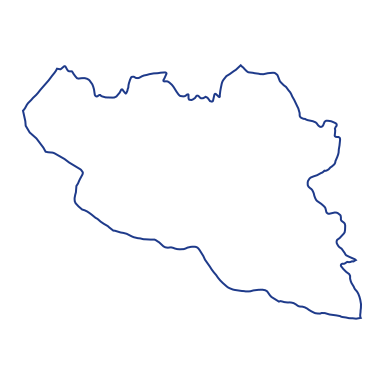 outline of Gheleb, Anseba, Eritrea
{"feature_id": "51966322B69087636550034", "entity_name": "Gheleb", "entity_type": "district", "adm_level": 2, "iso_a3": "ERI", "parent_name": "Eritrea", "parent_adm1": "Anseba", "projection": "natural_earth1", "projection_center": [38.736, 15.796], "detail": "fine", "context": "isolated", "style": "outline", "palette": "blue", "viewbox_px": 384, "rotation_deg": 0, "n_neighbors": 0, "source": "geoboundaries", "source_scale": "gbopen_adm2", "svg_char_len": 5865}
<svg xmlns="http://www.w3.org/2000/svg" viewBox="0 0 384 384"><path d="M360.7,317.9L360.4,317.3L360.2,315.9L360.2,314.9L360.3,314.0L360.5,312.2L360.6,310.3L360.9,308.0L361.0,304.2L360.3,300.0L359.5,296.9L358.4,294.0L357.6,292.5L356.9,291.4L354.9,289.1L354.3,288.0L353.7,286.6L351.5,283.0L350.8,281.3L350.1,278.7L350.1,275.9L349.2,274.1L346.2,271.9L343.2,268.9L341.9,267.2L341.4,266.7L340.9,265.8L340.9,265.1L341.1,264.5L341.7,264.0L342.5,263.7L343.4,263.8L344.2,263.7L344.7,263.5L347.2,261.9L349.0,262.2L350.3,262.0L352.1,261.3L353.1,261.5L353.6,261.4L354.6,260.7L355.8,260.1L355.3,259.6L354.7,259.2L349.4,256.9L346.2,255.3L345.4,254.4L344.8,253.2L342.2,249.5L341.5,248.6L339.4,247.2L338.4,246.1L337.3,244.3L336.7,243.0L336.6,241.9L336.7,240.9L337.2,239.8L339.6,238.1L343.7,233.7L344.6,232.4L345.0,230.3L345.1,228.3L345.2,225.6L344.8,223.8L344.1,222.8L341.6,220.9L341.2,220.4L340.9,219.6L340.9,217.3L340.6,215.6L340.2,215.0L337.6,213.0L336.3,212.6L334.8,212.5L329.1,213.8L328.1,213.7L326.7,212.7L326.3,211.9L325.6,208.9L325.1,207.5L323.6,205.9L321.3,203.9L317.1,201.0L316.1,199.9L315.1,197.9L314.3,195.7L313.8,193.5L313.0,191.5L312.1,189.9L311.1,188.8L310.6,188.6L308.7,186.9L308.3,186.3L307.8,185.3L307.7,184.3L307.7,182.4L308.0,181.0L309.5,178.6L310.3,177.9L310.8,177.5L313.5,176.4L317.1,175.2L321.1,173.0L322.2,172.6L323.3,171.8L324.4,170.7L324.9,170.9L325.5,170.8L326.4,170.6L327.8,169.9L328.9,169.1L330.3,167.5L331.7,166.6L333.9,164.7L334.6,163.9L335.0,163.1L335.2,162.6L335.5,161.0L337.2,157.1L338.1,154.6L338.6,152.5L338.8,149.5L339.5,145.5L340.1,139.7L340.0,138.6L339.7,137.8L339.3,137.5L338.5,137.0L337.0,137.0L335.7,136.8L334.9,136.2L334.7,135.6L335.1,132.2L335.2,130.1L334.9,128.7L335.7,126.9L336.6,125.8L336.7,124.8L336.6,124.2L335.9,123.4L335.4,123.1L333.7,122.3L331.8,121.5L330.9,121.2L328.2,120.8L326.6,120.7L325.8,120.9L325.2,121.3L324.5,122.0L323.2,125.2L322.5,126.2L321.7,126.7L321.0,126.9L320.5,126.9L319.9,126.7L318.6,125.8L317.9,125.0L316.6,123.2L315.5,122.3L312.8,121.2L307.5,120.1L306.0,119.5L305.0,118.9L303.5,118.8L301.6,118.0L300.9,117.6L300.3,117.0L299.8,116.1L299.7,115.5L299.6,113.0L298.3,108.4L297.2,106.2L294.2,99.9L292.2,96.4L291.3,94.3L290.2,92.3L288.5,90.3L286.1,87.0L283.7,85.2L281.0,82.5L280.1,81.5L279.7,80.8L277.9,76.1L277.3,74.9L275.6,73.5L274.8,73.0L274.0,72.8L272.3,72.8L267.9,73.2L263.4,74.2L260.3,74.1L258.6,73.7L254.6,73.2L252.9,72.8L248.5,72.3L247.8,72.0L246.6,71.1L244.6,69.1L243.3,67.6L241.9,66.5L240.7,65.3L235.9,69.8L233.7,71.2L229.7,74.1L226.4,76.1L223.6,79.6L222.7,81.0L222.1,82.4L221.7,83.8L220.8,88.1L220.3,90.9L219.8,95.0L219.8,96.5L219.5,97.0L218.7,96.8L217.5,95.5L215.7,93.9L215.0,93.9L214.5,94.4L214.3,95.0L213.1,100.4L212.9,101.0L212.5,101.4L211.8,101.6L210.0,101.1L207.9,98.2L206.6,97.2L206.1,97.1L205.6,96.8L204.1,97.7L203.1,98.2L201.1,98.3L200.3,97.9L198.9,96.4L198.1,95.8L197.7,95.7L196.9,95.7L196.3,96.1L195.1,97.9L193.3,99.2L191.6,100.0L189.7,99.8L189.1,99.6L188.8,99.1L188.5,98.1L188.5,94.8L188.2,94.4L187.6,94.4L186.8,94.7L185.7,95.7L184.7,96.2L183.3,96.4L180.4,96.0L179.9,95.8L178.9,94.9L178.3,94.2L176.4,91.5L173.8,87.3L173.0,86.2L171.8,84.7L169.2,82.4L167.7,81.5L166.8,81.3L164.3,81.4L163.9,81.3L163.5,81.0L163.4,80.4L163.5,79.9L164.3,78.6L166.5,73.7L166.3,73.0L165.8,72.6L165.1,72.4L160.7,72.7L157.8,73.2L153.7,73.4L149.3,74.2L146.9,74.9L143.9,75.5L141.9,76.3L139.2,77.8L138.0,78.1L136.1,78.0L135.4,77.7L134.2,76.9L133.2,76.7L131.8,76.9L131.1,77.4L130.0,79.9L129.5,81.5L129.0,83.0L128.5,85.2L128.3,87.6L127.7,89.1L127.4,90.7L126.4,92.9L125.8,93.5L125.3,93.2L123.6,91.2L122.5,89.6L122.2,89.4L121.7,89.4L121.2,89.7L119.7,92.6L116.4,96.5L114.3,97.5L112.7,97.6L105.7,97.4L102.1,96.4L101.1,95.9L100.2,95.0L99.4,95.0L98.7,95.4L97.4,96.3L96.7,96.5L96.1,96.3L95.6,96.0L95.1,95.4L94.8,94.8L94.0,89.4L93.2,86.6L92.3,84.3L89.5,80.4L88.7,79.7L87.1,78.8L85.0,78.2L84.2,78.1L81.4,78.2L78.5,78.6L77.0,78.2L75.4,76.4L73.7,74.1L72.1,71.5L71.6,71.3L69.5,71.3L68.5,71.1L68.1,70.8L67.2,69.7L65.6,66.8L65.3,66.4L64.5,66.2L64.0,66.4L61.2,68.8L60.4,69.3L57.0,68.7L55.9,70.8L54.5,72.8L52.0,75.9L48.7,80.3L40.4,89.8L37.9,93.0L36.1,95.0L33.0,97.9L31.2,100.0L28.0,103.2L26.8,104.9L25.2,107.9L24.1,109.5L23.0,110.7L25.3,121.1L25.7,125.8L29.7,132.5L36.4,138.4L43.4,147.7L45.6,151.7L47.8,152.2L49.8,152.4L52.5,152.6L53.5,152.9L54.5,153.3L64.5,159.0L69.1,162.5L80.2,169.2L81.0,169.8L82.4,171.7L82.8,172.4L82.8,173.2L82.5,174.4L80.0,179.0L79.0,181.1L78.0,183.5L76.4,186.0L75.9,192.3L75.2,194.9L74.6,198.1L74.6,199.5L74.8,201.4L75.6,203.2L76.3,204.0L78.5,206.4L82.1,209.5L84.7,210.3L85.5,210.7L87.0,211.4L89.0,212.7L91.6,214.6L95.5,217.8L97.5,218.9L100.7,221.7L103.8,223.8L107.8,226.1L109.2,227.4L113.3,230.6L114.8,230.7L120.7,232.5L123.3,232.9L126.7,233.8L131.8,236.4L133.7,237.2L137.9,238.2L140.2,238.4L143.3,239.2L145.5,239.3L150.8,239.6L154.5,239.6L155.7,240.1L157.8,241.5L159.1,242.3L163.4,246.3L165.0,247.2L165.8,247.4L167.6,247.7L168.9,247.6L170.0,247.4L171.3,247.4L173.3,247.9L174.8,248.5L177.2,249.1L179.8,249.3L183.8,249.1L185.6,248.5L187.5,247.6L191.1,246.8L193.9,246.7L195.3,246.8L196.4,247.1L197.4,247.6L198.4,248.5L199.6,250.1L203.3,256.0L205.0,259.7L209.8,266.5L211.7,269.5L213.8,272.3L216.2,275.1L217.9,277.6L220.2,280.4L222.9,283.1L226.9,286.6L228.3,287.6L229.8,288.3L232.8,289.5L234.5,289.9L241.9,291.0L243.8,291.1L245.7,291.4L248.5,291.4L250.2,291.3L253.5,290.4L258.6,289.8L262.4,289.7L264.5,290.1L265.1,290.2L266.8,291.1L267.4,291.7L270.0,295.4L271.5,297.0L278.9,301.6L280.4,301.1L282.2,301.5L284.3,302.1L287.8,302.5L289.8,302.4L291.5,302.6L293.6,303.1L295.9,304.4L297.8,305.8L299.2,306.4L300.9,306.6L302.2,306.6L304.7,307.3L307.2,308.6L308.8,309.8L311.3,311.3L314.5,312.9L315.4,313.2L317.7,313.5L320.1,313.6L321.6,313.0L324.9,313.1L329.6,314.5L336.4,315.4L340.1,316.1L341.1,316.7L342.3,317.0L346.0,317.5L349.1,318.2L352.9,318.3L356.1,318.7L360.7,317.9Z" fill="none" stroke="#1e3a8a" stroke-width="2"/></svg>